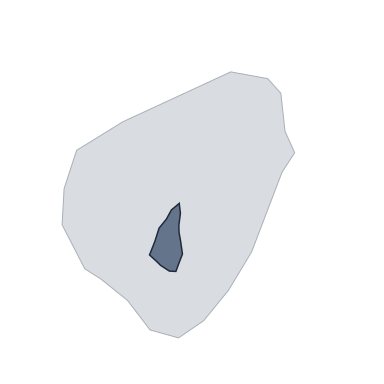 location of Andorra la Vella within Andorra, rotated 320°
{"feature_id": "AND-4876", "entity_name": "Andorra la Vella", "entity_type": "state/province", "adm_level": 1, "iso_a3": "AND", "parent_name": "Andorra", "parent_adm1": "", "projection": "natural_earth1", "projection_center": [1.52, 42.514], "detail": "fine", "context": "in_parent", "style": "filled", "palette": "slate", "viewbox_px": 384, "rotation_deg": 320, "n_neighbors": 0, "source": "natural_earth", "source_scale": "10m", "svg_char_len": 656}
<svg xmlns="http://www.w3.org/2000/svg" viewBox="0 0 384 384"><g transform="rotate(320 192 192)"><path d="M295.9,227.9L273.7,234.7L199.2,276.2L156.9,290.7L118.2,298.1L87.9,295.1L71.2,270.7L72.9,233.5L66.2,199.9L60.5,182.0L71.4,133.6L96.1,107.3L130.4,85.9L184.4,93.8L298.9,124.9L322.9,153.9L323.5,173.5L302.3,205.2L295.9,227.9Z" fill="#d9dde1" stroke="#a8b0b8" stroke-width="1"/><path d="M174.9,192.5L169.5,200.8L160.4,209.2L156.2,214.5L151.4,222.8L144.8,233.4L135.2,238.7L128.6,242.5L123.8,238.0L120.8,228.1L120.2,222.0L119.0,212.9L131.6,206.1L143.6,198.5L155.0,196.3L164.7,192.5L174.9,192.5Z" fill="#64748b" stroke="#1e293b" stroke-width="1.5"/></g></svg>